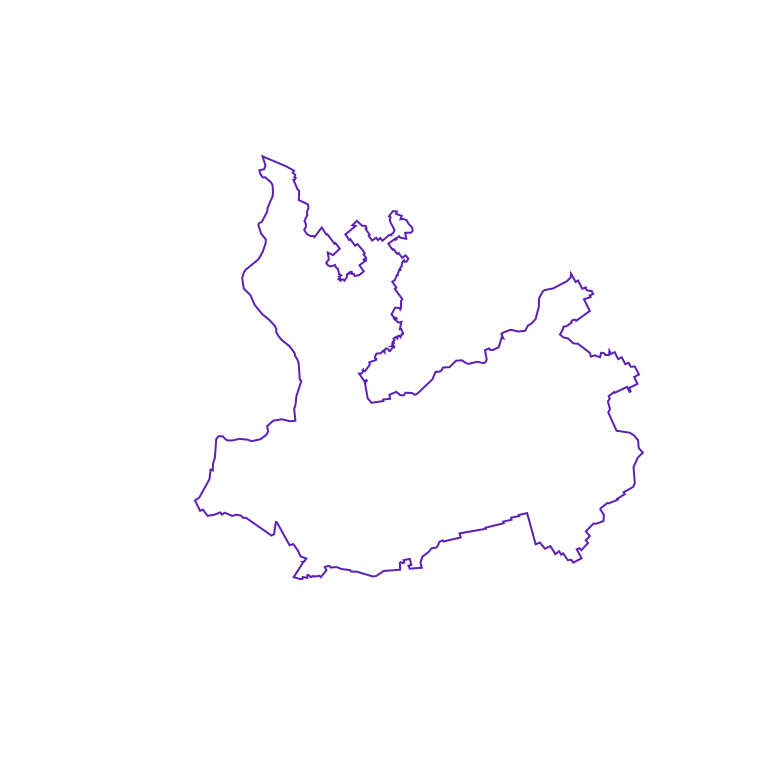 outline of Espinal, Veracruz, Mexico, rotated 145°
{"feature_id": "50627088B15670819886365", "entity_name": "Espinal", "entity_type": "district", "adm_level": 2, "iso_a3": "MEX", "parent_name": "Mexico", "parent_adm1": "Veracruz", "projection": "robinson", "projection_center": [-97.51, 20.255], "detail": "fine", "context": "isolated", "style": "outline", "palette": "violet", "viewbox_px": 768, "rotation_deg": 145, "n_neighbors": 0, "source": "geoboundaries", "source_scale": "gbopen_adm2", "svg_char_len": 6166}
<svg xmlns="http://www.w3.org/2000/svg" viewBox="0 0 768 768"><g transform="rotate(145 384 384)"><path d="M605.6,397.1L607.4,385.6L604.4,385.0L604.2,377.4L598.6,374.4L591.6,372.7L591.7,370.0L588.3,369.9L584.0,363.0L579.8,361.6L576.5,358.0L576.2,355.1L573.8,353.6L563.1,324.4L560.2,324.0L551.8,332.9L551.1,332.2L553.8,306.0L550.1,304.9L550.1,296.4L551.3,290.7L547.7,285.6L551.2,284.3L552.8,285.1L552.5,284.3L568.7,277.6L564.1,271.8L562.3,271.2L561.3,272.5L558.1,269.2L556.3,271.4L554.9,269.8L555.0,267.9L551.8,267.2L551.8,266.3L547.0,264.0L546.5,262.0L537.9,264.5L537.5,268.0L534.3,267.1L532.8,265.6L533.0,264.3L527.7,261.1L525.1,257.0L518.5,250.9L518.5,249.2L513.8,245.7L503.5,232.7L500.5,231.2L491.5,231.0L477.3,222.6L473.6,228.4L472.4,228.4L471.3,226.5L469.8,226.1L469.0,228.5L464.9,226.7L463.2,225.9L465.4,220.1L468.1,221.2L468.9,218.0L458.4,211.8L456.5,216.8L451.7,220.5L443.1,220.9L439.4,222.2L435.6,220.2L433.2,220.4L429.2,222.9L425.5,222.2L425.6,220.9L409.2,214.3L407.8,218.3L383.6,207.0L383.3,208.1L365.8,201.3L365.3,202.9L357.4,199.6L356.6,201.6L349.0,198.3L348.7,199.4L340.8,196.2L351.7,165.7L347.2,164.7L346.7,156.8L340.7,155.8L341.1,146.9L342.1,146.4L336.4,146.5L336.7,142.6L334.4,142.6L334.5,134.3L331.4,132.5L331.5,129.2L322.1,127.9L321.0,138.0L318.1,137.5L317.6,134.7L308.1,136.7L308.4,140.2L302.6,141.4L303.2,147.5L292.5,149.5L289.8,147.6L282.8,145.9L279.0,150.6L278.7,157.3L277.8,157.9L269.4,158.4L268.4,157.3L258.9,155.2L258.8,156.2L250.0,155.7L249.8,157.9L239.0,156.8L235.5,158.8L227.2,172.9L218.4,178.1L211.3,179.3L212.1,185.4L208.2,192.1L208.6,198.6L210.7,203.2L220.3,212.3L216.6,232.0L213.2,233.9L210.7,241.2L207.4,242.6L206.9,245.2L199.8,245.4L199.9,244.4L186.5,242.2L187.4,236.7L186.3,236.4L185.3,240.2L176.3,238.7L175.1,246.2L169.7,245.5L168.5,254.5L172.0,256.6L171.4,261.1L175.0,261.8L173.9,269.5L177.9,270.1L176.8,277.8L180.7,278.4L180.3,282.0L183.0,278.6L186.1,280.8L186.0,282.9L188.3,285.0L191.8,282.0L194.8,286.4L198.9,287.9L197.5,291.3L202.0,305.6L205.7,308.9L207.1,315.8L210.3,319.2L211.5,323.7L205.6,326.3L204.2,328.0L201.4,326.7L195.3,326.6L194.9,327.7L192.8,328.2L190.2,326.8L190.4,325.5L173.5,325.8L171.6,338.7L165.0,336.7L164.7,338.5L161.0,337.8L160.6,341.1L163.6,343.8L164.2,345.9L163.3,347.3L166.9,348.3L165.7,357.5L168.5,357.6L167.4,367.2L170.1,364.1L175.2,363.3L190.7,365.3L198.5,368.8L200.8,368.8L207.7,365.3L212.9,358.4L222.7,350.2L229.1,348.9L232.4,349.4L237.8,346.6L243.7,349.8L249.2,355.8L255.9,357.6L259.1,357.8L260.1,353.2L260.8,354.7L269.0,348.3L275.3,349.4L277.6,351.2L277.5,352.9L281.9,353.8L285.9,345.0L288.8,343.6L290.5,344.0L295.2,349.0L302.5,351.6L304.4,353.3L306.7,358.8L311.7,361.8L320.7,360.2L326.2,363.7L328.8,362.1L331.2,362.2L334.8,364.4L341.5,360.1L362.7,356.9L364.8,357.4L366.2,360.5L371.5,364.6L374.2,363.3L377.0,365.5L378.5,370.6L385.8,372.0L387.4,368.4L393.7,371.8L394.3,370.4L404.9,375.7L405.6,381.6L398.8,396.3L396.3,396.4L396.3,397.3L398.5,397.3L398.4,406.8L396.4,405.6L393.8,406.1L393.7,407.4L392.9,407.7L393.4,406.3L392.2,405.4L384.7,407.9L383.6,410.2L376.7,408.3L375.8,409.0L376.4,410.5L375.4,411.7L372.7,413.2L368.9,411.0L365.8,411.8L365.4,409.5L364.1,411.5L361.9,412.0L360.5,410.3L360.8,408.0L359.9,407.6L356.3,408.8L354.8,408.2L354.0,408.9L356.2,410.7L354.4,410.4L353.9,411.1L354.4,412.0L353.0,413.2L352.6,410.9L352.0,413.2L350.3,414.0L350.2,415.7L347.3,415.5L347.0,413.6L346.1,414.4L346.7,415.5L343.9,414.9L343.6,412.8L341.2,414.6L340.1,413.9L339.3,414.7L338.4,419.3L339.6,419.8L334.1,424.9L336.9,425.9L338.2,431.1L336.2,430.3L336.1,431.3L337.7,432.9L337.9,436.7L331.2,440.1L327.8,437.6L327.9,435.7L326.2,436.8L322.6,442.0L320.3,443.1L320.6,455.7L318.6,455.8L318.6,463.0L315.4,463.0L310.9,465.8L310.4,465.3L306.3,468.8L305.2,467.9L304.5,469.6L302.3,470.2L299.1,473.3L296.5,474.0L296.9,472.1L295.4,471.3L292.2,472.7L292.5,477.0L296.7,477.0L297.0,483.1L298.6,483.0L298.8,489.0L300.0,489.0L300.0,496.4L291.7,496.6L291.8,495.4L290.6,495.4L290.1,496.4L286.8,496.4L286.8,494.6L282.5,490.2L279.9,495.7L275.2,492.5L272.8,492.9L271.2,496.0L272.0,501.4L271.6,505.2L273.5,508.2L276.0,509.5L273.0,511.5L276.6,516.5L274.5,517.9L277.5,520.5L283.8,518.5L283.0,516.7L285.1,515.2L285.9,513.2L287.0,504.2L289.6,502.5L292.7,502.5L292.8,501.8L294.3,503.1L303.2,502.3L303.3,505.6L306.4,505.3L306.5,508.4L311.5,508.3L311.5,514.3L310.2,514.4L310.1,521.6L308.9,521.6L308.3,523.9L311.1,526.1L312.7,533.2L318.8,532.2L316.6,529.7L329.8,528.7L329.9,521.8L328.5,521.8L328.4,513.8L325.5,513.9L324.6,504.4L325.0,502.0L326.4,502.0L326.3,497.3L327.6,496.0L327.6,497.6L329.4,497.6L329.4,495.5L336.0,495.4L336.0,487.8L341.9,487.4L346.1,489.4L345.6,491.4L347.0,492.5L346.1,494.4L347.3,495.2L348.9,495.1L348.7,494.2L351.5,495.1L352.9,493.0L357.1,491.3L357.4,492.9L359.3,494.3L360.3,493.5L361.1,496.0L359.6,495.9L358.9,496.7L359.3,497.6L356.7,497.6L357.7,499.9L355.7,504.6L356.5,507.1L355.8,509.5L359.7,510.6L361.8,513.0L361.9,516.4L357.7,517.7L354.7,523.9L351.8,518.8L342.5,520.3L343.0,527.4L344.1,527.3L344.5,539.1L345.5,539.4L345.2,547.9L356.8,544.2L357.1,545.9L359.2,547.1L361.1,550.9L361.2,554.8L360.7,556.3L358.1,557.3L356.4,559.5L355.5,563.3L349.9,566.4L348.4,569.2L344.9,571.5L343.3,574.9L348.3,583.5L342.8,590.8L343.2,593.0L341.1,603.2L339.8,602.6L338.1,603.5L338.8,604.8L336.8,606.2L337.5,609.6L335.4,610.3L339.1,618.1L352.9,640.1L355.8,630.9L359.0,628.7L363.6,630.5L364.8,627.2L364.9,622.8L362.8,621.5L360.9,614.1L361.2,610.9L364.0,606.2L367.2,601.9L378.4,595.0L380.7,592.3L390.9,587.0L394.4,587.3L395.7,586.4L398.4,577.9L397.9,570.2L399.8,567.6L407.4,561.9L415.1,558.2L431.9,556.9L434.8,555.8L439.4,552.2L444.2,542.5L442.4,533.4L444.6,523.0L443.7,511.0L441.1,501.9L440.1,494.1L440.6,491.0L442.6,488.2L442.9,484.4L442.6,479.0L439.9,469.7L439.6,465.6L439.5,460.6L440.7,457.9L440.9,453.8L442.2,449.5L450.4,436.1L450.0,433.9L462.8,424.2L469.0,417.1L471.8,415.3L477.7,404.7L482.2,407.3L487.9,413.7L495.8,417.5L504.0,416.5L506.1,411.5L509.5,409.9L516.9,409.6L525.2,413.1L527.7,416.6L534.0,422.1L540.8,424.8L544.4,427.5L545.4,429.1L546.1,433.7L549.7,436.2L553.1,435.0L565.0,420.4L569.7,416.9L573.8,411.4L575.2,413.4L581.4,406.3L584.2,404.8L600.6,396.9L605.6,397.1Z" fill="none" stroke="#5b21b6" stroke-width="2"/></g></svg>